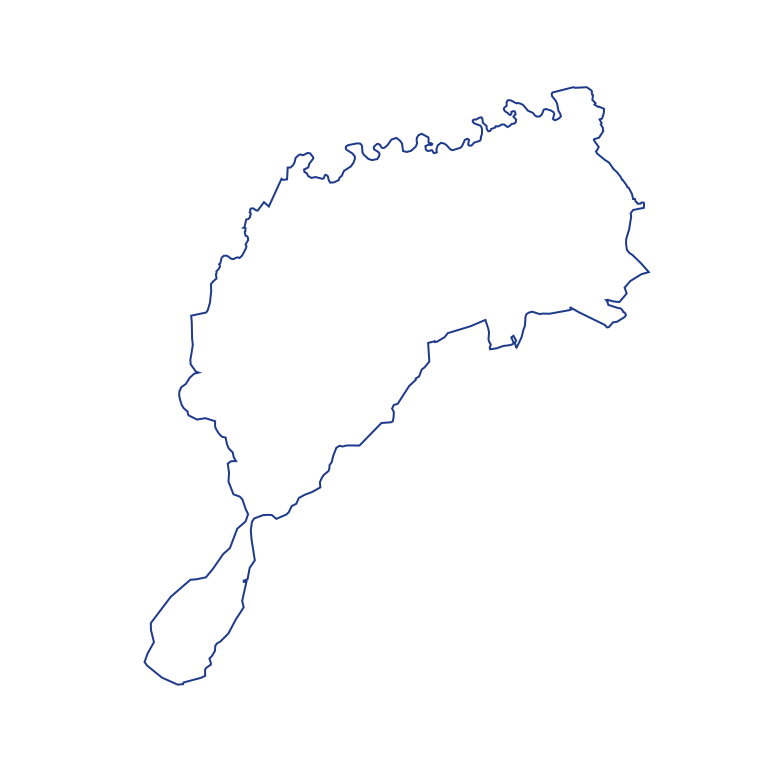 Dieci, Arad, Romania, rotated 168°
{"feature_id": "2599482B18788112816328", "entity_name": "Dieci", "entity_type": "district", "adm_level": 2, "iso_a3": "ROU", "parent_name": "Romania", "parent_adm1": "Arad", "projection": "orthographic", "projection_center": [22.243, 46.362], "detail": "fine", "context": "isolated", "style": "outline", "palette": "blue", "viewbox_px": 768, "rotation_deg": 168, "n_neighbors": 0, "source": "geoboundaries", "source_scale": "gbopen_adm2", "svg_char_len": 6158}
<svg xmlns="http://www.w3.org/2000/svg" viewBox="0 0 768 768"><g transform="rotate(168 384 384)"><path d="M433.2,615.7L436.3,604.3L440.5,604.7L441.6,606.0L459.7,581.6L463.6,586.8L471.5,579.9L472.9,580.4L475.4,583.0L477.6,583.3L478.6,582.6L478.9,580.6L479.7,579.8L478.9,578.4L479.1,577.5L480.2,576.1L480.3,575.0L482.5,573.5L484.6,573.5L487.9,566.3L488.8,566.0L487.1,565.3L487.8,562.3L488.5,562.0L488.7,561.2L488.6,557.9L487.4,557.1L486.7,555.9L486.9,553.1L490.4,549.2L489.9,547.2L491.1,545.1L496.1,539.1L499.1,537.3L500.4,538.2L502.0,538.3L505.4,537.5L507.4,538.3L510.8,542.0L513.9,542.8L516.6,541.3L518.9,536.3L520.4,535.4L519.9,534.5L520.0,533.1L521.8,530.8L524.5,529.0L524.6,527.7L525.6,526.1L525.9,522.0L530.0,519.8L532.5,517.6L533.8,510.4L537.4,499.6L541.0,492.9L543.0,490.9L558.4,490.9L559.2,484.3L562.3,468.1L562.9,461.8L568.4,447.8L569.0,443.5L565.4,435.2L562.9,433.7L567.7,433.5L573.0,430.3L577.7,425.3L583.0,423.0L585.7,419.2L586.6,416.1L586.8,412.3L586.3,405.9L585.0,402.0L581.9,397.9L582.0,395.0L581.6,393.9L574.3,388.1L565.8,387.7L556.9,382.7L558.0,378.2L557.8,375.4L556.1,370.4L553.8,366.4L550.1,364.5L550.1,357.7L549.2,353.2L546.2,348.5L546.2,343.6L544.8,339.3L549.6,340.3L553.4,338.6L554.0,329.5L556.4,320.9L554.2,307.4L548.6,303.9L546.5,300.6L545.3,290.5L544.0,284.9L548.0,278.3L557.6,273.0L568.8,255.6L576.8,251.0L589.8,238.7L598.4,231.9L608.6,232.0L614.0,232.8L636.7,220.3L661.8,198.6L663.1,191.9L662.7,179.3L671.3,169.5L676.0,161.8L674.1,157.6L662.2,142.9L648.3,132.8L642.9,132.2L642.2,133.7L623.8,134.7L619.6,135.7L618.6,141.3L617.2,143.2L611.7,145.5L611.4,146.8L611.8,151.8L609.0,153.6L604.9,158.0L603.4,163.1L601.0,165.1L597.6,166.1L588.0,172.4L577.9,184.5L567.7,194.7L567.8,201.4L559.6,219.3L562.2,219.5L562.2,220.7L558.0,221.5L553.6,232.1L547.0,238.4L545.9,259.3L544.7,268.6L541.8,276.7L538.9,279.5L529.2,280.9L524.7,280.1L521.0,279.2L517.4,274.5L506.7,276.6L503.8,278.4L499.6,283.8L494.7,285.1L491.0,290.2L484.3,292.2L477.2,293.2L467.8,296.1L467.1,301.3L464.3,305.2L461.8,307.6L456.4,310.4L455.1,312.5L454.1,316.0L451.4,318.4L448.7,324.1L443.9,331.5L440.4,332.8L437.5,331.5L432.9,331.6L420.8,328.9L394.6,346.4L385.2,345.1L383.2,345.6L381.7,349.0L380.2,354.4L381.2,358.3L378.8,361.4L374.7,361.8L359.8,376.8L352.0,381.5L351.9,382.7L348.1,384.1L344.1,390.3L340.8,391.9L335.0,396.5L332.3,415.0L325.5,415.3L325.5,414.4L323.2,414.4L315.0,417.2L311.0,420.5L287.4,422.5L271.5,425.6L270.5,416.1L270.5,412.8L272.5,405.9L272.4,403.5L271.3,400.5L273.1,397.3L273.0,395.9L266.4,395.5L259.5,396.4L252.3,395.8L249.7,396.2L249.0,396.8L248.8,398.4L249.8,403.1L247.3,404.2L245.7,398.9L247.4,397.1L247.2,392.6L246.7,392.0L239.6,401.3L236.7,407.4L234.0,411.8L231.7,420.1L230.0,422.8L227.5,423.7L224.0,423.9L216.9,419.9L214.7,420.0L207.3,418.3L187.4,417.7L185.0,418.1L186.3,420.6L178.5,413.7L155.9,396.0L154.1,393.0L152.2,392.9L147.1,396.7L143.2,396.4L134.9,399.4L133.1,400.9L133.1,402.4L133.9,404.0L135.0,404.6L135.2,406.0L136.8,408.8L138.6,409.3L148.1,414.7L148.6,418.9L149.3,419.9L147.4,419.8L146.9,419.0L145.0,418.6L143.3,417.4L136.7,415.2L127.8,422.1L128.6,428.2L121.7,433.5L109.3,437.9L101.7,438.4L107.2,448.1L114.0,458.4L116.8,461.2L118.5,464.7L118.0,471.5L116.9,475.6L112.2,484.0L107.5,496.1L107.2,499.7L104.2,502.4L93.2,502.3L92.0,506.7L92.3,507.4L94.3,508.0L95.6,507.1L98.5,507.6L98.8,509.0L99.9,510.1L100.1,512.8L101.9,513.1L101.9,518.0L103.8,525.0L105.0,525.8L105.2,527.4L108.1,534.0L108.7,534.3L109.5,537.5L112.2,543.0L114.7,546.3L117.8,553.7L121.1,557.0L127.6,565.1L128.3,567.5L127.2,568.2L124.7,571.2L128.0,578.8L127.7,579.7L122.4,580.3L116.9,585.8L117.1,587.1L116.6,588.8L118.0,592.9L117.1,593.4L117.0,594.3L118.1,598.0L115.5,598.3L112.5,603.7L111.6,607.5L116.1,610.6L116.9,610.5L120.0,613.5L118.7,614.7L121.1,618.6L119.5,623.1L120.2,623.6L120.3,625.3L119.8,626.5L120.0,627.9L123.9,632.1L135.6,634.0L136.6,634.8L138.3,634.9L158.5,634.1L159.5,633.3L159.9,630.8L157.3,625.6L156.4,622.2L156.6,615.0L155.4,611.5L155.3,609.0L157.4,607.5L161.4,606.4L162.6,606.9L163.6,608.2L161.3,612.8L161.6,614.5L163.7,616.7L168.5,619.4L170.8,619.0L173.5,614.9L175.8,613.4L178.7,613.7L180.5,615.2L182.0,618.3L186.4,621.4L189.6,627.5L191.2,629.2L194.6,631.1L196.2,631.0L200.7,634.9L203.4,635.8L204.5,635.4L205.5,634.0L206.2,630.6L208.8,629.4L209.6,628.2L209.6,627.3L208.8,625.5L206.1,622.7L205.7,621.7L204.6,620.9L203.3,621.5L202.8,623.7L200.6,624.0L199.4,623.3L199.1,620.7L201.8,618.6L199.8,615.1L200.5,613.1L201.7,611.8L205.5,611.7L206.7,610.6L209.7,609.6L212.6,612.9L215.1,613.3L218.7,612.2L221.3,612.9L221.8,611.8L226.3,611.1L227.4,609.5L229.3,609.5L230.1,610.8L230.5,612.8L230.0,615.0L233.0,619.0L232.6,622.7L233.2,624.6L235.6,624.6L239.0,623.5L240.9,624.0L242.4,623.4L242.6,622.0L242.2,621.2L241.3,620.0L236.0,616.7L235.2,614.7L235.2,612.5L236.3,607.9L237.9,605.6L238.2,603.6L239.7,601.9L245.5,601.4L248.9,599.0L251.4,599.6L251.8,601.0L250.1,605.2L251.5,606.5L254.1,606.0L258.4,600.2L260.0,599.2L268.2,598.4L270.3,599.7L273.2,604.7L275.3,606.8L278.3,608.0L281.9,606.1L283.9,602.8L284.3,599.5L287.3,599.5L288.5,602.8L292.4,602.7L293.9,603.7L294.3,604.9L294.0,608.1L290.1,608.9L288.8,607.9L287.2,608.2L286.9,608.8L287.8,609.8L289.5,610.0L290.2,611.0L289.3,615.2L289.5,616.2L295.1,620.9L298.5,620.2L300.6,618.1L301.5,615.3L301.6,612.5L303.5,609.7L308.9,606.5L313.4,606.2L316.9,607.9L316.4,615.6L317.9,618.9L320.8,622.2L326.0,621.5L330.9,616.9L334.4,615.0L336.1,615.0L337.4,616.0L338.1,618.6L339.7,620.1L341.2,620.1L344.2,618.4L344.8,617.6L344.9,615.7L340.9,611.6L340.5,609.8L341.4,608.0L343.8,605.4L349.2,605.5L352.5,607.4L356.2,612.7L356.9,614.9L356.0,621.6L357.1,624.0L360.3,625.0L369.4,625.1L371.9,624.1L372.5,622.1L371.7,620.7L367.0,616.1L365.3,612.9L365.5,610.7L367.8,606.8L371.2,603.7L378.9,600.8L381.9,596.5L384.5,595.1L386.0,592.8L391.2,591.6L394.8,592.2L395.6,594.6L395.8,598.9L396.8,600.2L397.7,600.8L398.5,600.4L400.1,597.8L401.6,597.5L408.0,600.7L412.0,600.6L414.9,603.1L415.7,606.2L417.7,607.9L417.6,610.4L413.0,611.6L411.3,614.9L406.3,619.3L406.3,620.8L408.2,624.9L410.7,625.9L415.1,624.7L416.3,624.8L417.5,625.8L419.5,625.8L423.4,623.6L425.3,619.6L427.1,617.3L430.4,615.2L433.2,615.7Z" fill="none" stroke="#1e3a8a" stroke-width="2"/></g></svg>